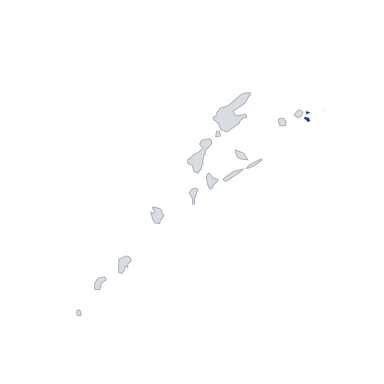 Motalava, Torba, Vanuatu (highlighted), rotated 67°
{"feature_id": "77236927B68296465422624", "entity_name": "Motalava", "entity_type": "district", "adm_level": 2, "iso_a3": "VUT", "parent_name": "Vanuatu", "parent_adm1": "Torba", "projection": "albers", "projection_center": [167.627, -13.483], "detail": "fine", "context": "in_parent", "style": "filled", "palette": "blue", "viewbox_px": 384, "rotation_deg": 67, "n_neighbors": 0, "source": "geoboundaries", "source_scale": "gbopen_adm2", "svg_char_len": 3649}
<svg xmlns="http://www.w3.org/2000/svg" viewBox="0 0 384 384"><g transform="rotate(67 192 192)"><path d="M130.8,108.0L133.6,122.5L136.8,122.4L138.4,121.7L140.3,118.3L141.1,112.9L142.8,112.1L144.8,112.7L143.9,114.4L144.6,118.7L146.2,121.1L147.2,121.5L149.4,132.7L150.2,135.0L150.2,136.9L145.7,141.1L139.0,140.9L134.3,143.5L131.5,143.3L131.5,140.5L128.9,138.2L126.0,133.4L126.7,124.9L121.5,109.0L121.5,105.1L123.2,99.9L124.9,99.6L127.3,104.0L130.8,108.0ZM159.2,163.6L161.1,164.6L162.2,164.6L162.8,166.7L168.9,171.0L170.6,170.9L172.0,173.2L174.6,174.4L175.3,176.8L177.1,179.2L173.9,182.1L167.6,181.3L164.0,184.6L160.8,183.8L160.2,182.1L160.7,181.5L158.7,177.0L157.8,170.2L156.5,166.2L155.1,164.5L152.2,166.0L151.0,166.3L148.2,163.0L149.5,156.3L150.2,154.4L152.5,154.0L155.9,155.8L159.2,163.6ZM239.6,288.6L237.6,290.7L236.0,290.4L225.1,285.5L225.5,283.4L225.1,278.3L226.3,275.5L229.4,274.4L231.7,275.0L233.1,279.1L236.3,280.8L234.0,282.2L238.0,285.3L239.6,288.6ZM202.7,227.2L206.8,233.4L208.5,233.9L205.9,238.4L200.7,238.8L194.5,237.6L196.8,236.1L195.6,234.3L193.7,234.0L191.6,234.8L190.6,234.5L191.9,231.6L195.4,227.6L196.4,227.3L197.4,227.2L198.3,227.6L202.7,227.2ZM196.5,174.2L191.7,174.7L184.9,173.3L182.2,171.4L181.0,169.5L183.4,168.1L186.7,167.4L191.0,163.0L192.4,164.7L194.0,169.6L195.7,171.1L196.6,172.6L196.5,174.2ZM245.9,314.8L243.7,319.6L239.9,318.4L236.4,315.0L234.5,312.0L235.8,306.2L237.7,305.2L239.5,305.6L240.5,311.2L245.9,314.8ZM193.0,158.2L192.3,158.2L191.6,156.2L189.3,145.4L190.9,135.8L191.8,137.9L195.4,154.7L194.9,157.5L193.0,158.2ZM202.8,193.7L204.1,194.3L203.4,196.1L197.6,194.1L192.9,194.8L191.6,194.7L190.2,193.1L189.2,189.7L189.7,187.4L191.7,185.8L192.4,185.5L193.9,187.5L195.2,188.9L196.5,189.5L199.4,192.8L202.8,193.7ZM180.3,134.7L177.5,136.7L172.2,136.5L170.3,135.3L176.7,129.2L184.2,128.0L180.3,134.7ZM166.5,83.0L164.7,85.3L159.9,84.5L158.7,83.9L159.1,80.3L160.3,79.0L163.1,77.8L167.1,79.6L166.5,83.0ZM162.4,67.5L161.7,67.9L160.8,67.6L158.2,62.3L158.9,60.5L162.0,58.8L164.9,61.8L165.1,63.4L165.1,64.8L164.7,66.0L162.8,66.5L162.4,67.5ZM192.1,130.0L191.4,132.7L189.6,129.5L188.5,116.3L189.0,115.0L189.9,114.9L192.0,124.2L192.1,130.0ZM262.5,343.2L261.1,345.6L258.8,345.6L255.9,343.8L256.5,341.7L259.8,341.4L260.7,341.5L262.5,343.2ZM151.0,147.3L150.2,148.5L145.7,145.6L146.8,142.9L151.6,143.9L151.0,147.3Z" fill="#d9dde1" stroke="#a8b0b8" stroke-width="1"/><path d="M167.9,58.8L168.0,58.8L168.3,58.8L168.4,58.7L168.5,58.6L168.8,58.4L169.4,58.3L169.6,58.3L169.8,58.3L170.0,58.2L170.4,58.1L170.5,57.9L170.7,57.7L170.8,57.7L171.1,57.7L171.3,57.6L171.5,57.5L171.8,57.5L171.8,57.4L171.9,57.5L172.0,57.5L172.0,57.4L172.1,57.1L172.1,56.9L172.1,56.7L172.0,56.4L171.9,56.4L172.0,56.2L171.9,56.0L171.7,56.1L171.4,56.2L171.2,56.3L170.8,56.3L170.7,56.3L170.6,56.2L170.4,56.2L170.2,56.2L169.9,56.2L169.7,56.2L169.5,56.3L169.5,56.5L169.4,56.6L169.5,56.8L169.5,57.0L169.4,57.3L169.2,57.4L169.1,57.5L168.9,57.7L168.8,57.8L168.7,57.9L168.7,58.0L168.4,58.2L168.3,58.3L168.2,58.4L168.0,58.5L167.9,58.6L167.9,58.8ZM164.1,54.4L164.2,54.5L164.3,54.7L164.4,54.8L164.5,54.9L164.5,54.7L164.4,54.7L164.3,54.4L164.2,54.3L164.1,54.4ZM168.3,59.2L168.4,59.3L168.5,59.3L168.6,59.2L168.4,59.0L168.3,58.9L168.3,59.0L168.2,59.0L168.3,59.1L168.3,59.2ZM163.9,54.7L164.0,54.6L164.0,54.4L164.0,54.2L163.9,54.3L163.9,54.5L163.9,54.7ZM164.3,53.8L164.2,53.9L164.3,54.0L164.2,54.1L164.2,54.3L164.3,54.3L164.3,54.2L164.3,53.9L164.3,53.8ZM163.7,55.0L163.8,55.0L163.7,55.2L163.7,55.3L163.8,55.3L163.8,55.1L163.8,54.9L163.7,55.0ZM168.9,38.4L168.8,38.5L168.9,38.4L168.9,38.4ZM163.1,54.0L163.2,53.9L163.1,54.0Z" fill="#3b82f6" stroke="#1e3a8a" stroke-width="1.5"/></g></svg>